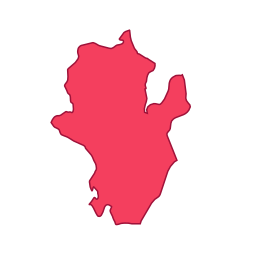 the border of Eastern, rotated 339°
{"feature_id": "SLE-790", "entity_name": "Eastern", "entity_type": "Province", "adm_level": 1, "iso_a3": "SLE", "parent_name": "Sierra Leone", "parent_adm1": "", "projection": "albers", "projection_center": [-11.073, 8.208], "detail": "fine", "context": "isolated", "style": "filled", "palette": "rose", "viewbox_px": 256, "rotation_deg": 339, "n_neighbors": 0, "source": "natural_earth", "source_scale": "10m", "svg_char_len": 3660}
<svg xmlns="http://www.w3.org/2000/svg" viewBox="0 0 256 256"><g transform="rotate(339 128 128)"><path d="M164.4,37.2L164.5,37.5L162.8,44.0L162.3,47.7L162.5,55.7L162.7,56.7L163.7,59.8L163.7,60.3L163.6,61.5L163.6,61.8L164.0,62.3L164.8,62.8L165.1,63.1L169.5,69.0L171.1,70.1L171.7,71.2L176.3,77.4L175.5,79.7L174.0,81.8L172.0,83.3L169.5,83.5L167.3,83.9L165.3,85.6L163.6,87.9L161.9,91.1L160.2,92.7L159.5,94.0L159.2,95.4L159.2,96.7L158.9,97.6L157.8,97.7L156.2,107.2L154.6,109.8L152.7,112.1L150.2,115.8L149.1,119.3L151.3,121.2L152.0,117.6L154.2,115.3L157.2,114.3L160.8,114.5L162.4,115.2L165.5,117.2L166.6,117.4L168.6,116.6L172.4,114.1L178.7,107.9L180.0,106.2L182.6,100.9L183.7,99.4L184.9,98.2L186.3,97.3L187.9,96.7L191.2,96.2L191.9,96.3L194.8,97.2L195.7,97.7L196.6,98.0L197.8,97.8L197.8,103.4L194.5,116.8L192.6,120.9L192.4,123.4L193.2,126.4L194.0,128.6L193.7,130.6L191.1,133.2L189.0,134.4L186.9,135.1L184.7,135.4L176.0,135.4L173.8,135.8L171.3,137.0L169.7,139.0L167.2,143.7L166.1,144.8L163.4,146.3L162.4,147.1L162.0,148.1L161.8,149.4L162.1,175.7L159.6,176.1L158.8,176.4L153.8,179.1L149.7,182.6L135.3,200.2L134.1,201.6L132.9,202.6L131.5,203.2L127.4,204.2L123.0,206.6L107.0,219.4L105.1,221.8L97.1,218.7L94.3,217.0L90.6,215.5L87.8,214.7L86.5,214.5L85.1,214.5L83.8,214.3L82.6,214.0L82.2,213.7L82.0,213.2L82.1,210.8L81.8,208.2L81.8,205.9L81.9,205.3L81.5,200.4L81.6,199.2L81.9,198.4L84.4,195.8L84.5,195.4L82.9,193.2L82.5,192.9L82.1,192.6L81.6,192.3L81.0,192.2L80.4,192.1L79.8,192.2L78.8,192.7L77.9,193.3L74.5,197.4L72.1,199.6L71.7,199.9L71.2,200.1L70.7,200.3L70.1,200.3L69.5,200.2L69.0,199.9L68.5,199.7L68.0,198.4L67.6,196.0L67.1,190.2L66.6,187.6L66.0,186.2L64.9,185.8L64.5,185.6L64.5,185.3L67.5,183.6L71.0,181.1L71.4,180.9L71.8,180.9L72.1,181.2L72.4,181.7L72.8,182.8L73.1,183.2L73.6,183.3L74.1,183.2L74.6,182.9L75.0,182.5L75.6,181.6L76.0,180.6L76.4,178.0L76.6,177.5L76.8,177.0L76.9,176.4L76.8,175.6L75.0,170.9L74.7,170.7L74.4,170.9L74.1,171.2L72.5,173.3L72.2,173.6L71.9,173.7L71.7,173.1L71.6,172.2L71.6,169.5L72.7,164.5L73.0,164.0L73.2,163.6L80.2,158.5L80.6,158.2L81.9,156.7L82.7,156.1L83.1,155.8L83.5,155.4L83.8,154.9L84.2,153.9L84.8,151.6L84.9,150.4L84.9,149.2L84.5,146.3L84.4,142.1L84.0,139.9L81.4,132.6L81.2,132.0L81.1,131.4L81.1,130.9L81.2,130.5L81.2,130.0L80.9,129.3L80.2,128.2L72.9,120.9L68.3,114.9L66.4,113.1L66.0,112.8L63.7,110.6L63.3,110.0L63.1,109.1L63.0,107.4L63.1,105.6L63.0,104.8L62.6,104.0L61.1,102.2L60.1,101.3L59.3,99.9L58.2,95.3L60.5,93.1L62.3,91.9L62.9,91.6L63.6,91.3L64.8,91.1L65.7,91.1L66.4,91.2L68.0,91.8L68.6,91.9L69.2,91.9L69.8,91.9L75.2,90.6L75.8,90.5L76.4,90.7L76.8,91.0L77.6,91.7L78.1,91.9L78.6,92.0L79.2,92.1L79.7,92.3L80.1,92.6L80.5,92.9L80.9,93.3L81.3,93.5L81.9,93.3L82.5,93.0L83.1,92.1L83.8,90.9L85.1,86.6L85.2,86.3L85.2,85.7L85.1,85.3L84.9,84.8L84.2,83.9L84.0,83.4L84.0,82.8L84.2,81.7L85.3,78.4L85.5,77.2L85.5,76.5L85.4,75.9L85.1,75.4L84.6,74.5L84.4,74.0L84.3,73.4L84.3,70.7L83.9,66.1L84.1,65.6L84.4,65.2L84.9,64.7L87.4,63.1L88.3,62.3L89.0,61.5L89.2,61.1L90.4,58.5L92.4,52.4L92.6,51.9L93.0,51.5L94.0,51.0L101.8,48.2L102.8,47.7L106.0,45.6L106.7,44.9L107.3,44.0L107.6,43.5L107.8,42.9L107.8,42.4L108.0,40.2L108.3,39.0L108.7,38.0L109.8,36.2L110.2,35.8L110.7,35.3L111.3,35.0L112.3,34.5L113.1,34.3L113.9,34.2L124.9,35.6L125.9,35.8L126.5,36.2L128.0,37.6L130.0,40.1L130.8,40.9L131.9,41.7L132.0,41.8L139.0,46.8L140.5,47.6L141.1,47.8L141.9,47.8L143.2,47.7L146.4,46.8L147.1,46.7L147.7,46.7L150.2,47.2L151.5,47.3L152.9,47.2L153.6,46.9L154.3,46.5L154.9,45.3L154.9,44.7L154.6,44.2L152.6,43.2L152.2,42.9L151.9,42.5L151.8,42.2L151.8,41.9L151.9,41.7L158.4,37.5L160.2,37.1L164.4,37.2L164.4,37.2Z" fill="#f43f5e" stroke="#9f1239" stroke-width="1.5"/></g></svg>